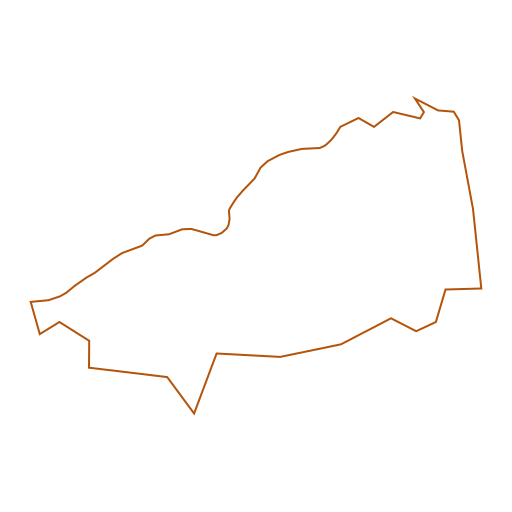 Pleasants, West Virginia, United States of America (Robinson projection)
{"feature_id": "52423323B68684722164969", "entity_name": "Pleasants", "entity_type": "district", "adm_level": 2, "iso_a3": "USA", "parent_name": "United States of America", "parent_adm1": "West Virginia", "projection": "robinson", "projection_center": [-81.188, 39.372], "detail": "fine", "context": "isolated", "style": "outline", "palette": "amber", "viewbox_px": 512, "rotation_deg": 0, "n_neighbors": 0, "source": "geoboundaries", "source_scale": "gbopen_adm2", "svg_char_len": 895}
<svg xmlns="http://www.w3.org/2000/svg" viewBox="0 0 512 512"><path d="M340.4,126.8L336.3,133.4L331.6,139.5L326.7,144.2L324.3,146.0L319.7,148.0L301.9,148.9L288.3,151.9L279.5,154.9L267.9,161.0L265.0,163.5L260.5,167.7L254.6,178.5L242.5,191.0L236.6,197.9L232.9,203.4L229.6,208.8L228.9,211.1L229.6,218.6L228.6,224.8L226.9,228.3L221.6,233.0L216.6,235.1L213.8,235.3L191.2,228.9L182.2,229.3L168.9,234.3L155.4,235.5L149.3,238.7L142.2,245.6L122.2,253.0L113.1,258.8L94.8,272.8L86.6,277.5L75.0,285.6L66.2,292.8L60.1,296.3L48.5,300.2L30.7,301.9L39.8,334.1L59.4,322.0L89.2,340.8L89.0,367.7L167.2,377.1L194.1,413.5L216.6,353.5L280.2,356.9L341.0,344.3L391.0,318.3L416.1,331.2L435.9,322.0L445.5,289.5L481.3,288.5L473.0,208.9L462.2,150.9L459.0,120.3L453.8,111.7L438.0,110.4L414.9,98.5L423.9,112.1L420.1,118.4L393.1,112.0L374.0,126.9L358.5,118.0L340.4,126.8Z" fill="none" stroke="#b45309" stroke-width="2"/></svg>